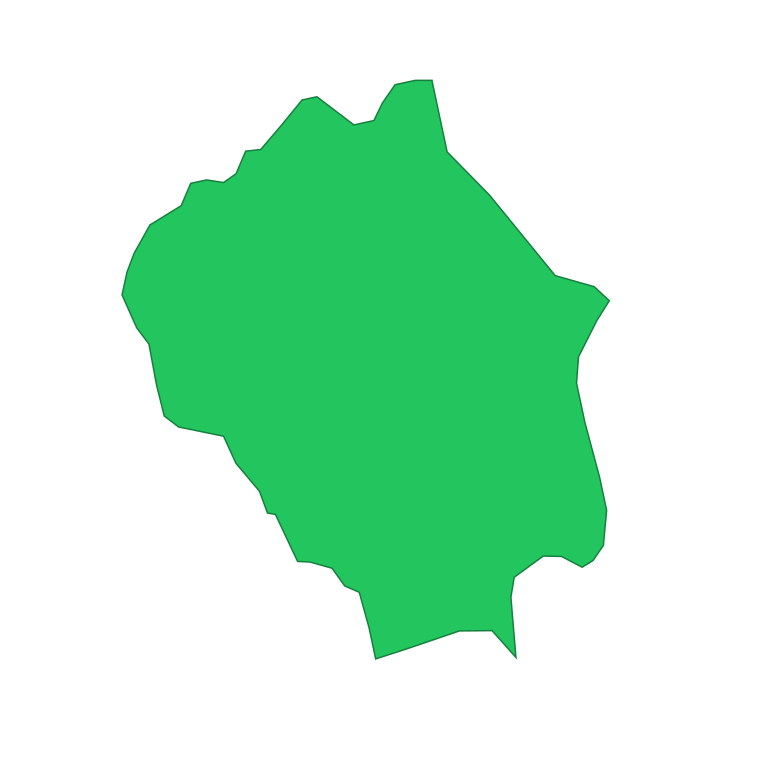 Laholm, Halland, Sweden, rotated 258°
{"feature_id": "70781695B78273070971821", "entity_name": "Laholm", "entity_type": "district", "adm_level": 2, "iso_a3": "SWE", "parent_name": "Sweden", "parent_adm1": "Halland", "projection": "robinson", "projection_center": [13.225, 56.526], "detail": "fine", "context": "isolated", "style": "filled", "palette": "green", "viewbox_px": 768, "rotation_deg": 258, "n_neighbors": 0, "source": "geoboundaries", "source_scale": "gbopen_adm2", "svg_char_len": 962}
<svg xmlns="http://www.w3.org/2000/svg" viewBox="0 0 768 768"><g transform="rotate(258 384 384)"><path d="M171.6,555.7L180.4,565.0L214.1,575.5L247.9,575.5L304.8,572.5L344.8,572.5L370.1,579.9L401.7,605.3L417.3,620.4L418.6,621.7L435.5,609.8L454.4,574.0L547.1,526.3L597.9,494.0L670.7,494.0L671.0,494.1L674.5,477.7L674.5,457.1L659.1,440.8L643.8,428.9L643.7,408.4L678.9,378.1L678.9,363.0L658.9,338.1L639.0,312.2L640.5,297.1L620.5,283.1L614.4,269.0L620.5,252.9L620.5,236.7L619.5,236.0L600.6,222.7L588.3,188.2L563.7,166.7L546.9,155.9L525.6,146.3L490.3,153.8L471.9,162.4L430.6,161.3L398.4,162.4L384.6,174.2L372.4,202.2L366.3,216.2L337.2,222.7L305.0,239.9L282.0,243.2L279.0,250.7L256.0,256.1L228.4,262.6L225.3,274.4L214.6,294.9L194.6,303.6L185.4,316.5L148.7,318.7L116.8,318.7L120.4,352.9L126.8,406.4L120.3,438.4L89.1,456.2L149.0,463.8L167.9,471.2L182.6,504.0L178.4,521.8L163.6,539.7L167.8,551.6L171.6,555.7Z" fill="#22c55e" stroke="#15803d" stroke-width="1.5"/></g></svg>